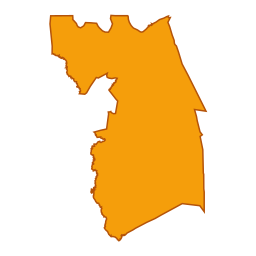 the district of Compostela Valley, Compostela Valley, Philippines
{"feature_id": "2640588B76140513385915", "entity_name": "Compostela Valley", "entity_type": "district", "adm_level": 2, "iso_a3": "PHL", "parent_name": "Philippines", "parent_adm1": "Compostela Valley", "projection": "albers", "projection_center": [125.86, 7.537], "detail": "fine", "context": "isolated", "style": "filled", "palette": "amber", "viewbox_px": 256, "rotation_deg": 0, "n_neighbors": 0, "source": "geoboundaries", "source_scale": "gbopen_adm2", "svg_char_len": 5584}
<svg xmlns="http://www.w3.org/2000/svg" viewBox="0 0 256 256"><path d="M50.7,15.8L50.0,23.9L52.2,46.1L52.1,53.8L52.6,53.6L52.9,53.9L53.4,53.8L53.4,54.1L54.3,54.6L54.8,54.4L55.1,55.1L56.1,55.6L58.0,55.5L58.4,55.8L58.9,55.5L58.8,55.8L58.2,56.1L58.2,56.3L58.8,56.6L58.9,56.2L59.4,56.4L59.3,56.8L59.8,56.7L60.1,56.9L59.9,57.5L61.3,58.3L61.9,58.3L61.8,58.0L62.1,57.8L62.0,57.5L62.6,57.4L64.2,58.5L63.9,59.1L64.5,59.1L65.9,60.3L66.4,61.2L66.7,62.8L66.2,62.9L66.1,63.4L66.6,63.8L66.1,65.8L66.3,66.3L66.7,66.4L66.3,66.8L66.7,67.3L66.4,67.5L67.1,67.5L66.9,68.2L66.5,68.2L66.5,69.1L67.0,69.4L67.3,70.9L66.8,72.0L67.0,72.6L66.8,72.8L67.4,73.5L67.2,73.8L67.3,74.3L68.7,75.5L68.9,76.3L69.4,76.0L70.1,76.5L70.5,76.3L70.5,76.8L70.8,77.2L70.9,76.9L71.1,77.0L70.9,77.7L71.2,77.7L71.2,77.3L71.5,77.3L72.1,77.9L72.1,78.6L72.5,78.4L73.7,78.8L73.8,80.1L74.4,81.3L75.1,81.8L75.6,81.6L76.5,81.7L76.5,83.5L77.0,84.0L77.1,83.6L77.4,83.8L77.3,84.3L77.6,85.3L77.3,86.3L76.8,86.6L76.8,86.8L77.4,86.8L78.0,86.5L78.0,87.2L78.9,87.2L79.2,87.5L79.2,88.5L80.0,88.6L79.8,89.1L80.3,89.9L80.0,90.6L80.3,90.3L80.5,90.4L80.4,91.5L79.5,91.6L79.9,92.9L79.4,93.7L84.8,94.2L86.6,92.8L90.3,86.3L96.3,77.5L98.3,78.0L107.3,73.2L106.7,75.4L107.2,77.3L109.0,78.1L111.8,78.6L115.1,77.9L117.2,78.3L116.6,79.6L115.6,80.2L115.6,80.6L115.9,80.5L116.0,80.7L115.9,81.9L114.7,82.9L114.4,82.6L113.8,83.0L113.9,83.6L113.7,83.7L113.4,84.3L112.9,84.3L113.4,85.0L112.9,85.4L112.5,85.0L112.1,85.3L112.4,85.6L112.3,86.2L111.1,87.2L111.1,87.9L110.6,88.5L110.3,88.3L110.1,88.4L110.2,89.3L109.1,89.5L109.0,90.2L116.0,99.2L117.7,101.0L115.5,113.5L113.6,113.7L112.0,113.0L111.0,112.2L110.8,111.5L110.0,111.9L108.3,112.0L108.6,114.0L106.6,129.0L100.6,130.3L94.1,132.1L95.0,132.8L95.5,134.8L95.8,134.6L96.1,134.7L96.4,136.1L97.2,137.4L100.6,137.0L100.4,137.5L101.1,138.2L101.8,138.4L102.5,138.3L102.8,139.0L103.1,139.2L103.8,139.2L104.3,138.8L104.6,138.8L105.2,140.0L104.3,141.0L103.6,141.4L102.9,141.3L101.3,142.4L100.3,142.4L99.8,141.3L98.1,141.8L96.0,144.5L95.3,144.0L94.0,144.1L94.0,145.1L94.5,146.3L93.3,146.5L92.5,146.0L92.2,146.1L91.9,147.5L92.4,148.2L91.3,148.7L91.8,149.4L91.3,149.8L91.2,151.8L90.9,152.6L90.9,153.8L91.1,154.3L92.3,155.0L92.9,154.8L93.5,155.2L93.2,155.8L93.7,156.6L93.3,157.4L94.2,158.0L93.7,158.8L94.1,158.9L94.6,158.6L94.8,159.4L94.7,160.1L94.0,160.4L93.8,161.0L93.4,160.6L93.3,161.8L92.4,162.8L92.5,163.2L93.3,163.4L93.7,163.9L93.5,164.2L92.7,163.9L92.5,164.2L91.8,166.7L92.1,167.3L91.7,168.9L93.1,169.8L93.3,170.9L93.9,170.6L93.6,170.3L93.9,170.4L94.6,169.9L94.8,170.2L95.0,170.0L95.1,170.5L95.4,170.6L95.6,170.5L96.0,170.4L96.7,170.6L96.5,171.1L96.6,172.4L97.2,173.1L97.2,173.4L96.9,173.4L97.0,173.6L97.4,173.5L97.0,173.7L97.1,173.8L97.4,173.5L97.6,173.8L97.4,174.6L97.1,174.9L97.2,175.1L97.4,174.8L97.6,175.0L97.5,175.6L97.1,175.8L96.9,175.7L96.7,176.5L96.2,176.6L96.2,177.0L96.5,177.3L96.2,177.5L96.2,178.2L95.8,178.2L95.5,178.6L95.9,179.1L95.7,180.1L95.1,180.5L95.2,181.8L95.4,182.1L95.2,182.4L95.4,182.9L95.1,183.2L95.4,183.5L95.4,184.4L95.8,185.5L95.7,185.9L95.2,186.1L95.3,186.8L95.6,187.0L95.7,187.6L94.9,187.9L94.6,188.4L93.9,189.0L94.0,189.1L93.8,189.1L94.0,190.2L94.3,190.2L93.7,190.6L94.1,190.5L94.1,190.8L93.9,190.9L93.9,190.6L93.7,190.6L93.6,190.9L93.9,191.3L93.5,191.9L94.0,193.0L93.7,194.0L93.8,195.0L93.4,195.5L93.6,196.1L93.3,196.8L93.7,198.0L95.2,200.2L95.8,201.7L96.4,202.1L96.8,202.9L97.1,202.8L97.6,203.3L98.5,203.3L98.5,203.6L98.8,203.8L99.0,203.6L98.9,203.9L99.5,204.6L99.3,205.3L99.9,205.8L100.0,206.4L100.4,206.8L100.4,207.1L101.0,207.0L101.3,207.6L101.5,207.4L101.5,207.9L101.3,207.9L101.8,208.7L101.3,209.4L101.1,210.1L101.4,211.1L101.2,211.9L102.1,213.2L101.8,213.9L102.8,214.7L103.0,215.3L104.0,216.0L103.9,216.2L103.9,216.3L104.1,216.1L104.4,216.4L104.7,216.9L105.9,217.1L106.5,218.2L106.5,219.5L106.1,219.6L106.3,219.6L105.7,221.4L105.7,222.3L104.9,225.3L104.9,225.5L105.1,225.3L105.0,225.7L105.4,226.6L104.3,227.8L105.5,229.7L107.6,231.6L108.8,234.3L110.9,236.4L111.1,235.9L111.3,236.5L113.5,236.6L115.2,237.1L117.0,238.5L117.5,239.7L118.3,240.0L118.8,240.6L119.1,240.2L119.6,240.4L120.7,239.1L120.5,238.8L120.9,238.8L121.6,237.6L121.5,237.4L121.8,236.7L121.5,236.4L121.2,235.5L121.4,235.3L121.8,235.5L121.9,235.0L122.5,235.4L123.1,234.8L123.4,235.0L123.3,235.5L123.7,235.5L124.0,235.0L124.4,235.2L124.6,234.6L125.3,234.9L127.1,233.0L133.1,229.8L135.4,228.3L146.8,222.3L155.1,218.5L161.2,215.0L182.2,203.6L199.8,205.7L204.2,211.7L204.2,192.1L203.8,188.9L203.7,174.3L203.3,173.0L202.8,149.7L200.1,136.4L202.3,134.8L200.0,131.8L197.2,120.7L196.5,116.6L194.5,109.5L206.0,111.2L187.9,75.0L182.1,64.0L178.5,52.1L176.4,46.0L174.9,44.5L174.4,43.2L174.1,40.3L172.1,34.9L169.7,26.8L167.9,22.3L170.3,17.5L168.5,17.6L168.0,16.8L168.3,16.1L166.8,16.6L163.9,18.1L159.5,19.6L155.9,22.2L153.8,23.2L153.6,23.6L152.8,23.7L152.4,24.2L151.9,23.9L152.2,24.6L151.9,25.0L151.4,24.6L151.1,25.3L150.6,25.0L149.9,25.6L149.7,25.3L148.8,25.3L148.4,25.8L148.8,26.3L148.8,26.7L148.1,26.9L146.3,29.0L143.1,31.7L141.8,32.1L140.4,31.9L137.4,29.9L133.5,28.1L132.3,26.9L131.1,25.5L129.3,22.3L128.4,19.4L128.2,16.8L128.0,16.0L127.5,15.7L115.3,15.7L111.0,15.4L110.5,18.7L112.5,23.9L111.0,28.0L108.5,32.2L105.2,32.1L102.5,30.9L99.5,28.0L98.1,26.3L96.6,23.3L90.7,22.8L85.5,22.6L83.8,25.8L80.7,27.8L78.3,27.0L77.2,25.6L76.4,23.5L72.7,19.4L72.9,18.4L72.7,15.7L50.7,15.8ZM91.8,189.0L91.4,189.1L91.4,191.0L91.2,191.0L91.0,191.7L91.1,192.5L91.8,193.1L92.2,192.7L92.6,190.6L92.4,190.5L92.5,189.6L91.8,189.0ZM94.2,187.3L93.7,187.6L93.7,188.7L94.8,187.8L94.7,187.4L94.2,187.3Z" fill="#f59e0b" stroke="#b45309" stroke-width="1.5"/></svg>